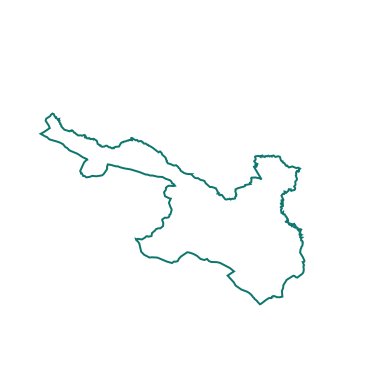 Sumbawanga, Rukwa, United Republic of Tanzania (Mercator projection), rotated 332°
{"feature_id": "72390352B27717411944051", "entity_name": "Sumbawanga", "entity_type": "district", "adm_level": 2, "iso_a3": "TZA", "parent_name": "United Republic of Tanzania", "parent_adm1": "Rukwa", "projection": "mercator", "projection_center": [31.975, -8.085], "detail": "fine", "context": "isolated", "style": "outline", "palette": "teal", "viewbox_px": 384, "rotation_deg": 332, "n_neighbors": 0, "source": "geoboundaries", "source_scale": "gbopen_adm2", "svg_char_len": 6089}
<svg xmlns="http://www.w3.org/2000/svg" viewBox="0 0 384 384"><g transform="rotate(332 192 192)"><path d="M85.7,69.6L88.9,74.6L89.6,75.1L90.8,78.6L96.5,84.1L98.8,86.6L100.6,89.4L101.3,92.9L102.5,94.6L103.3,97.7L108.9,104.6L111.9,110.1L114.7,113.7L114.7,114.3L113.6,114.2L110.5,115.3L103.1,121.0L103.1,122.5L102.7,123.5L103.5,123.9L103.5,126.8L104.7,127.5L105.6,129.5L109.1,130.7L111.5,130.9L114.9,133.2L120.4,135.1L122.4,134.7L127.3,132.2L128.2,131.3L128.7,130.0L130.6,128.1L132.9,129.8L137.1,133.8L138.7,134.6L139.8,136.1L143.0,139.1L148.6,143.4L155.3,150.1L159.1,154.6L161.0,155.9L162.8,157.8L165.0,159.0L169.0,162.5L172.9,164.8L175.0,168.0L178.0,171.2L178.7,173.2L178.5,174.9L179.6,176.5L179.9,178.5L178.8,178.2L174.5,175.6L173.0,175.5L171.1,176.0L171.2,176.3L169.7,177.9L167.2,179.1L166.2,183.1L169.2,187.2L170.1,187.9L166.6,190.6L165.9,195.2L165.9,197.6L165.6,198.3L162.5,201.5L161.3,201.6L160.7,202.7L159.4,203.4L157.6,202.9L155.8,201.9L152.9,202.3L152.5,202.7L152.1,205.9L150.4,208.5L147.0,209.2L145.1,208.2L142.8,207.9L141.4,208.6L137.4,209.5L135.5,211.9L132.4,210.9L131.5,209.8L130.8,209.7L129.0,210.2L125.5,210.4L122.3,208.0L120.8,207.7L120.4,207.2L120.2,208.2L121.0,210.2L121.3,212.6L119.1,220.9L120.3,225.0L123.7,229.9L126.1,230.9L130.7,233.7L137.2,241.7L141.0,245.3L143.6,245.0L144.9,245.9L146.9,246.3L149.3,244.7L151.8,243.8L159.5,243.0L161.1,244.1L163.9,247.0L166.4,250.6L168.1,255.1L170.9,257.8L173.9,258.2L174.5,260.9L176.3,262.9L181.2,265.7L183.6,267.9L189.8,277.0L191.8,281.8L184.2,282.5L186.5,291.4L186.6,295.1L189.8,301.3L194.0,306.1L195.2,308.2L196.3,311.3L196.5,313.5L197.1,314.6L197.0,315.9L197.9,317.6L199.2,323.0L200.5,323.1L207.0,322.0L209.9,321.8L210.9,322.0L211.8,322.8L212.5,323.0L213.3,322.0L214.5,322.0L214.8,322.4L215.3,322.2L216.5,323.3L217.5,324.7L220.0,326.1L222.7,326.8L225.0,321.4L227.2,319.8L228.9,317.2L234.4,314.0L242.1,313.5L243.1,314.3L243.8,316.1L244.8,317.0L250.9,316.0L252.6,315.2L254.3,313.0L255.4,310.1L256.6,309.2L256.6,307.4L257.0,306.7L256.9,305.9L258.3,306.2L259.0,305.5L259.3,301.9L259.0,296.3L261.1,293.4L262.3,292.6L263.0,291.7L264.1,291.3L265.4,289.8L265.5,289.0L266.2,288.5L266.4,287.0L265.6,286.0L266.5,284.2L267.8,283.9L267.1,283.4L266.6,283.7L266.2,282.8L266.9,281.7L268.2,281.4L267.7,281.1L267.1,281.3L266.9,280.4L268.0,280.1L267.5,279.4L267.7,278.8L268.4,278.7L270.1,276.7L270.8,276.4L270.6,276.0L269.7,275.9L268.5,276.6L268.1,276.4L267.9,275.7L268.8,274.9L267.8,274.4L267.7,274.0L268.3,273.3L267.8,272.3L266.7,272.2L265.9,271.2L266.3,271.1L267.1,271.7L267.4,271.3L267.5,269.5L266.9,268.7L267.2,268.1L265.9,267.8L265.2,269.2L264.2,269.1L264.3,268.6L264.8,268.7L264.8,266.9L263.7,266.3L263.2,267.1L262.5,266.2L262.6,265.6L263.2,265.2L262.1,263.7L263.1,263.0L263.3,262.5L261.9,263.2L261.0,262.7L261.0,262.2L262.0,262.4L263.4,260.9L263.8,258.8L263.2,257.6L263.5,257.0L263.3,255.2L262.5,254.9L262.1,254.1L262.9,252.7L261.8,253.1L261.2,252.5L262.2,249.5L263.6,248.7L263.3,247.0L263.8,246.8L265.5,247.2L265.9,246.8L266.2,245.9L265.1,245.0L265.0,244.0L265.6,243.8L266.5,244.8L266.9,244.6L267.1,244.1L266.3,243.6L267.1,241.4L268.2,241.4L268.3,242.4L269.0,241.9L269.3,237.2L271.5,236.3L272.5,237.0L273.2,236.6L273.9,235.0L274.4,235.4L274.8,236.9L277.7,236.2L278.8,235.0L280.4,236.0L280.0,236.5L280.2,237.6L281.9,237.8L282.9,238.3L284.2,238.0L285.0,236.9L284.7,235.1L286.7,234.3L288.1,231.3L289.7,230.8L290.8,229.9L291.4,226.2L292.1,225.8L293.0,223.7L294.4,222.7L295.0,222.8L295.3,224.0L296.0,224.0L296.5,223.6L297.0,222.4L298.3,222.1L297.3,220.4L295.3,219.8L292.5,216.5L289.1,215.8L288.3,213.2L287.6,213.3L287.2,212.4L287.2,210.1L286.1,208.7L286.5,207.6L285.7,207.0L285.4,205.7L286.1,202.2L284.9,200.9L282.1,200.2L281.2,198.1L279.5,197.7L279.2,198.0L279.0,197.4L277.1,197.0L276.4,195.7L275.1,195.8L274.2,195.0L273.5,195.1L273.3,194.9L272.7,195.2L272.2,194.4L271.1,194.0L270.9,193.5L271.3,193.4L271.3,192.9L269.7,192.5L269.1,193.3L268.0,191.5L264.8,190.3L264.2,190.5L263.7,192.8L263.2,193.4L261.4,194.0L261.6,196.2L262.9,198.0L262.4,198.5L261.6,197.8L260.9,197.7L260.7,198.5L261.1,199.5L260.7,199.9L259.0,198.9L258.5,198.0L259.3,213.6L258.4,211.9L254.9,209.0L251.3,207.3L250.6,207.8L250.6,208.5L248.8,211.3L247.4,211.1L247.0,211.6L247.2,212.4L242.2,210.8L241.6,211.6L240.6,211.6L234.4,210.2L231.7,210.1L231.4,211.0L230.5,211.8L230.0,215.1L229.4,215.2L229.1,216.3L228.0,216.5L226.9,217.9L225.1,217.4L224.4,216.8L222.7,216.8L222.2,215.6L221.4,215.7L220.3,215.1L218.9,214.8L217.9,214.0L217.0,208.6L215.3,208.0L215.4,207.4L214.5,206.9L215.1,205.7L213.9,205.2L214.8,204.4L214.8,199.9L211.8,196.8L210.2,196.1L208.2,190.7L208.1,187.9L205.1,185.1L203.8,182.6L202.2,181.8L201.0,180.5L199.7,175.9L198.8,175.7L199.4,175.7L196.6,174.1L194.1,171.8L192.0,167.9L192.1,165.7L191.5,164.3L191.6,163.4L190.6,161.0L188.2,160.0L186.5,157.7L184.1,155.2L184.0,152.9L184.5,152.6L184.4,151.0L184.8,149.9L184.3,147.8L183.2,145.0L183.5,143.7L183.0,141.4L182.4,141.1L181.1,141.3L178.1,134.6L176.1,131.2L175.6,131.0L175.3,129.7L174.8,129.6L173.9,127.5L172.3,126.7L171.8,124.6L171.6,124.6L171.6,124.2L170.9,123.0L168.4,122.2L168.0,120.4L166.6,119.9L165.0,117.5L164.9,116.7L163.9,115.8L163.5,116.0L163.2,118.0L161.1,116.6L159.8,116.7L159.0,116.2L157.5,116.2L155.4,115.5L154.4,115.7L154.0,115.3L152.1,115.5L148.9,117.6L145.6,116.2L144.3,116.2L143.8,116.6L143.2,116.0L142.7,116.3L141.7,115.7L140.7,114.0L139.7,113.6L138.7,111.3L137.6,110.7L136.0,110.7L133.9,109.9L132.7,108.3L132.3,107.2L132.6,107.2L131.3,105.4L132.0,102.1L130.4,99.2L129.9,99.3L129.9,98.9L129.4,98.9L128.6,98.2L127.1,97.6L127.0,96.8L126.4,96.5L126.3,96.0L125.7,96.1L124.5,95.3L124.3,93.9L123.2,93.8L123.1,93.5L124.3,92.0L123.6,91.0L121.5,90.8L120.3,89.7L118.1,88.7L116.8,86.2L116.6,85.0L115.8,84.3L115.6,82.5L115.0,81.2L114.3,81.5L113.6,80.9L112.5,81.0L108.6,77.1L107.4,72.8L107.9,71.8L107.5,70.2L107.9,69.9L107.6,67.5L107.8,66.9L108.5,66.8L108.5,65.7L108.9,65.2L107.5,65.1L107.7,64.3L106.6,62.9L107.1,62.1L106.5,61.8L106.3,59.8L106.6,58.6L105.6,57.2L103.7,57.6L102.4,58.4L97.9,58.8L96.6,59.8L96.2,60.6L96.7,65.9L96.4,68.8L89.9,69.5L85.7,69.6Z" fill="none" stroke="#0f766e" stroke-width="2"/></g></svg>